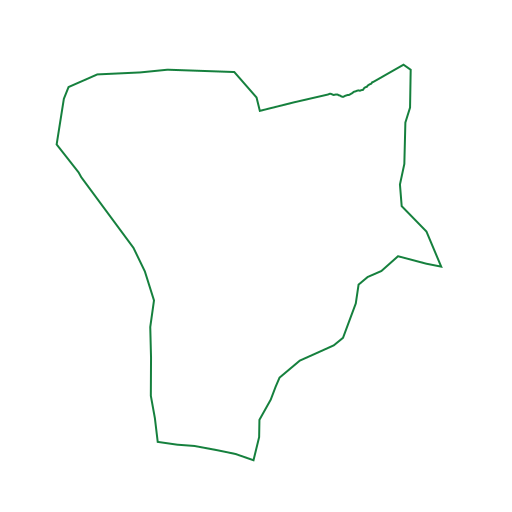 outline of Guchin-Us, Övörhangay, Mongolia, rotated 172°
{"feature_id": "93677404B94163946721302", "entity_name": "Guchin-Us", "entity_type": "district", "adm_level": 2, "iso_a3": "MNG", "parent_name": "Mongolia", "parent_adm1": "Övörhangay", "projection": "equal_earth", "projection_center": [102.189, 45.34], "detail": "fine", "context": "isolated", "style": "outline", "palette": "green", "viewbox_px": 512, "rotation_deg": 172, "n_neighbors": 0, "source": "geoboundaries", "source_scale": "gbopen_adm2", "svg_char_len": 1361}
<svg xmlns="http://www.w3.org/2000/svg" viewBox="0 0 512 512"><g transform="rotate(172 256 256)"><path d="M76.9,418.9L83.3,424.9L115.8,412.0L116.7,411.9L117.8,410.7L118.5,410.4L119.6,410.2L120.2,409.9L120.8,409.6L121.5,409.3L122.0,408.9L122.3,408.5L122.7,408.1L123.6,408.0L124.2,407.9L124.8,407.6L125.8,407.0L126.3,406.3L127.0,405.6L128.4,405.6L129.4,405.4L130.1,405.2L130.7,405.4L131.3,405.7L131.9,405.7L132.8,405.6L133.5,405.5L134.3,405.2L135.4,405.1L136.5,404.9L137.2,404.4L138.2,403.8L139.1,403.5L140.5,402.9L141.7,402.5L142.7,402.7L145.5,402.2L146.5,401.8L147.4,401.5L148.1,401.6L149.4,402.2L149.9,402.7L150.8,403.4L151.4,403.5L152.0,403.9L152.7,404.5L153.8,404.7L154.8,404.8L156.0,404.7L156.9,404.7L158.5,405.7L159.4,406.2L160.3,406.4L162.2,405.9L196.9,402.9L232.0,399.2L233.4,412.9L251.9,441.2L317.7,452.8L345.1,453.9L387.9,457.9L418.1,449.4L424.4,438.4L437.9,394.2L420.0,363.4L418.1,358.4L376.2,281.1L368.2,256.2L363.2,226.2L370.6,200.4L374.1,169.9L379.6,132.2L378.7,109.4L379.2,85.6L360.2,80.1L343.6,76.5L320.9,68.9L303.9,62.8L286.9,54.1L278.1,76.2L275.4,93.3L261.4,111.7L254.7,123.9L249.6,132.3L227.2,146.3L191.4,156.7L181.2,162.9L163.8,195.1L158.4,213.4L148.3,219.7L133.9,223.7L115.4,236.0L88.5,224.7L74.1,219.7L83.8,256.5L104.8,285.1L103.5,306.8L96.3,326.5L89.5,367.4L82.8,381.5L76.9,418.9Z" fill="none" stroke="#15803d" stroke-width="2"/></g></svg>